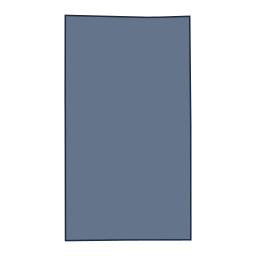 the district of Boone, Illinois, United States of America
{"feature_id": "52423323B68053361543387", "entity_name": "Boone", "entity_type": "district", "adm_level": 2, "iso_a3": "USA", "parent_name": "United States of America", "parent_adm1": "Illinois", "projection": "robinson", "projection_center": [-88.831, 42.324], "detail": "fine", "context": "isolated", "style": "filled", "palette": "slate", "viewbox_px": 256, "rotation_deg": 0, "n_neighbors": 0, "source": "geoboundaries", "source_scale": "gbopen_adm2", "svg_char_len": 265}
<svg xmlns="http://www.w3.org/2000/svg" viewBox="0 0 256 256"><path d="M65.5,240.6L128.3,239.9L190.8,239.8L190.7,125.2L189.7,16.3L158.7,17.3L152.8,17.3L147.4,17.4L65.3,15.4L65.2,97.4L65.3,114.4L65.5,240.6Z" fill="#64748b" stroke="#1e293b" stroke-width="1.5"/></svg>